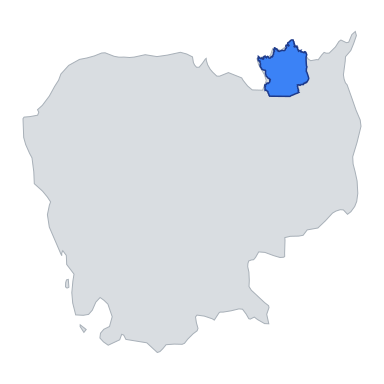 Siem Pang, Stœng Trêng, Cambodia shown in context
{"feature_id": "14789045B29647510840066", "entity_name": "Siem Pang", "entity_type": "district", "adm_level": 2, "iso_a3": "KHM", "parent_name": "Cambodia", "parent_adm1": "Stœng Trêng", "projection": "natural_earth1", "projection_center": [106.38, 14.216], "detail": "fine", "context": "in_parent", "style": "filled", "palette": "blue", "viewbox_px": 384, "rotation_deg": 0, "n_neighbors": 0, "source": "geoboundaries", "source_scale": "gbopen_adm2", "svg_char_len": 7516}
<svg xmlns="http://www.w3.org/2000/svg" viewBox="0 0 384 384"><path d="M355.3,31.5L356.4,35.6L353.7,43.4L350.8,50.5L345.5,56.7L345.2,61.2L343.4,74.8L344.1,79.1L345.4,82.8L347.1,84.8L351.8,98.0L356.0,110.1L360.2,120.0L361.0,126.3L357.1,142.2L352.7,156.8L353.1,164.0L355.0,171.3L357.1,181.0L357.8,193.4L356.7,201.5L354.7,206.5L350.9,211.7L347.5,214.3L343.4,209.9L340.2,209.7L335.9,211.1L332.5,213.1L325.6,220.6L317.9,228.0L307.2,229.9L303.1,235.3L298.7,236.1L290.3,236.3L284.8,237.6L285.0,240.4L284.6,253.3L284.7,256.4L283.8,257.2L280.0,257.5L273.6,255.6L264.9,252.4L258.7,251.9L255.5,257.5L253.6,259.7L251.2,260.0L248.7,261.0L247.9,263.6L247.7,266.7L248.9,272.1L249.3,280.7L249.0,286.5L251.3,290.2L264.6,302.6L268.6,305.7L269.0,307.6L266.7,314.3L268.8,323.8L264.6,323.6L257.6,319.6L254.3,317.1L250.2,319.1L248.8,318.7L246.1,314.0L242.5,309.2L238.9,308.9L231.1,310.8L223.2,312.1L220.1,312.1L218.9,313.0L214.3,320.1L212.3,318.8L204.3,316.1L197.0,315.1L195.5,316.9L196.4,322.7L198.0,328.4L197.1,330.8L193.1,333.8L187.8,339.1L184.5,343.3L182.2,344.3L174.2,344.1L166.1,344.7L162.9,348.6L159.9,351.6L157.3,352.5L146.8,342.8L125.9,339.4L123.7,335.1L121.7,334.3L119.7,339.8L108.2,345.2L103.5,341.9L99.9,338.0L100.5,333.2L103.8,329.3L109.5,326.5L112.2,316.7L107.9,304.1L104.1,300.4L100.1,297.5L95.8,302.2L92.3,310.2L88.6,314.4L83.3,315.3L75.7,314.9L72.7,303.0L71.8,292.7L72.9,281.0L74.0,274.1L66.7,264.5L66.3,255.4L62.8,250.7L61.7,253.1L61.8,255.7L60.8,253.8L49.3,227.1L47.4,214.7L49.4,205.1L50.6,201.9L47.3,196.9L42.6,191.2L34.3,183.7L33.8,171.9L32.0,157.9L29.5,153.2L25.7,144.6L23.7,137.5L23.0,118.7L24.1,117.1L30.0,116.6L37.6,115.2L38.8,112.2L37.5,109.7L42.3,105.4L49.3,96.1L54.7,86.3L58.6,80.2L60.9,74.0L68.7,65.4L79.5,59.4L86.8,58.0L94.4,55.9L101.7,53.0L105.1,52.8L114.1,56.3L119.0,57.2L124.1,57.1L129.5,57.5L134.1,57.1L145.2,54.7L156.9,56.6L167.4,55.1L180.4,52.3L186.7,54.0L192.5,56.9L193.4,62.6L194.7,65.2L196.6,67.3L199.2,67.2L202.5,63.2L205.3,59.1L206.2,58.4L206.3,60.4L207.7,64.9L210.2,69.3L212.7,72.2L216.8,76.1L219.5,76.2L228.4,72.6L241.7,77.9L243.3,80.6L247.6,86.0L252.2,89.9L262.6,90.2L266.3,80.6L264.5,74.8L258.6,64.6L257.0,58.6L258.9,57.5L268.9,56.4L270.5,55.2L272.7,48.6L275.5,49.4L281.0,50.2L286.9,45.7L290.4,41.0L292.3,43.2L294.3,46.5L296.6,48.4L300.8,51.3L305.5,55.3L308.4,59.2L310.7,60.7L316.7,59.6L318.2,59.8L321.7,55.0L324.1,52.4L326.2,53.2L329.2,53.1L335.4,47.0L338.9,41.5L340.9,40.0L346.4,42.7L348.7,42.2L351.9,34.5L355.3,31.5ZM68.9,287.2L67.7,287.9L66.6,287.9L65.5,286.8L65.7,282.5L66.5,279.9L68.3,279.4L68.9,287.2ZM86.2,329.5L83.9,332.4L80.1,326.5L80.2,324.8L86.2,329.5Z" fill="#d9dde1" stroke="#a8b0b8" stroke-width="1"/><path d="M306.6,55.3L306.5,55.1L306.5,54.9L306.7,54.6L306.7,54.3L306.2,53.6L306.1,53.4L306.2,53.1L305.8,52.8L305.8,52.6L305.8,52.4L305.6,52.1L305.4,52.1L305.0,51.7L304.7,51.7L304.4,52.3L304.3,52.6L304.1,52.7L303.5,52.6L303.4,52.5L303.3,52.2L303.2,52.1L302.5,52.2L302.3,52.1L302.1,51.8L301.9,51.8L301.6,51.9L301.5,51.6L300.8,51.4L300.7,51.5L300.5,51.1L300.6,50.9L300.7,50.7L300.5,50.8L300.4,50.6L300.2,50.7L300.0,50.8L299.8,50.7L299.4,50.8L299.2,50.7L298.6,51.1L298.5,50.2L298.0,50.0L298.0,49.7L297.7,49.3L297.6,49.1L297.5,48.8L297.5,48.4L297.7,48.1L297.6,47.9L297.5,47.5L297.5,47.1L297.4,47.0L297.1,47.2L296.8,47.2L296.8,46.9L296.7,46.7L296.7,46.2L296.4,46.4L296.2,46.3L295.9,46.2L295.8,46.5L295.6,46.3L294.9,46.8L294.4,46.9L294.2,46.6L294.3,46.3L294.2,46.2L294.3,46.1L294.5,45.9L294.8,45.3L294.8,45.0L294.7,44.8L294.5,44.6L294.3,44.2L294.1,44.0L294.3,43.8L294.3,43.4L294.0,43.1L294.0,42.0L293.8,41.8L293.7,41.8L293.7,41.6L293.4,41.3L293.2,40.1L293.0,39.9L292.4,40.0L291.7,39.9L291.0,40.2L290.4,40.6L290.1,41.0L290.0,41.3L289.8,41.3L289.5,41.7L288.8,42.2L288.2,42.5L287.8,42.8L287.6,43.3L287.7,43.8L288.0,44.3L288.7,45.1L288.9,45.4L289.0,45.6L288.7,45.9L288.5,46.0L286.6,45.0L286.3,45.0L286.1,45.2L285.9,45.5L285.9,46.5L286.1,47.0L286.4,47.3L286.5,47.5L286.2,48.2L285.4,48.7L285.3,48.8L285.3,49.4L285.3,49.7L284.7,50.4L284.6,50.5L283.5,50.6L282.8,50.5L282.4,50.3L282.0,50.3L280.9,50.8L280.3,50.9L279.7,51.2L279.5,51.4L279.4,51.4L279.1,51.2L279.0,51.3L278.8,51.2L278.6,51.3L278.4,51.3L278.2,51.0L278.2,50.6L277.9,50.4L277.7,50.4L277.4,50.5L277.2,50.0L277.2,49.6L277.1,49.2L276.9,49.2L276.7,48.9L276.2,49.0L276.1,48.9L275.9,48.6L275.5,48.5L275.4,48.9L275.2,48.8L275.2,48.5L274.9,47.8L274.5,47.8L274.4,48.1L274.4,48.3L274.2,49.0L274.0,49.4L273.8,49.5L273.7,49.7L273.9,49.8L273.9,50.3L274.3,50.6L274.5,51.1L274.3,51.5L274.0,51.4L274.0,51.6L273.9,52.0L273.5,52.3L273.5,53.0L273.6,53.3L273.4,53.7L273.5,54.4L273.1,54.8L272.7,55.7L272.8,56.1L272.7,56.2L272.3,56.9L272.2,56.9L271.9,56.9L271.5,56.5L271.4,56.5L271.2,56.6L271.0,56.9L270.6,57.7L270.3,58.0L269.4,58.1L268.6,57.8L268.4,57.5L268.2,56.9L268.0,56.7L267.8,56.6L267.7,56.5L267.6,56.4L267.3,56.5L266.8,56.9L266.5,57.3L266.1,57.4L266.1,57.5L265.4,56.9L265.2,56.8L265.1,56.7L265.0,56.2L264.9,56.3L264.8,56.6L264.4,56.4L264.3,56.5L264.1,56.5L263.9,56.9L263.6,57.0L263.7,57.4L263.7,57.8L263.8,58.0L263.6,58.6L263.6,58.8L263.4,59.0L263.0,58.4L262.7,58.0L262.3,58.2L262.1,58.1L262.1,58.6L261.6,58.2L261.3,58.3L261.1,58.6L260.6,58.5L260.4,58.5L260.1,58.4L259.5,57.7L259.3,57.4L259.1,57.2L258.9,56.9L258.4,56.5L258.4,57.0L258.2,57.3L258.2,57.6L258.1,57.9L258.0,58.2L258.0,58.3L258.4,58.6L258.1,59.3L258.1,60.0L258.5,60.4L258.5,60.8L259.0,61.0L259.2,60.8L259.4,60.7L259.5,60.7L259.8,60.9L259.9,61.1L260.0,61.3L259.8,61.4L259.8,61.9L260.0,62.5L260.2,63.1L260.4,63.5L260.6,64.1L260.1,64.6L260.0,65.0L260.2,65.5L260.1,65.9L260.1,66.0L260.4,66.1L260.3,66.3L260.5,66.6L260.5,67.1L260.8,67.5L261.1,67.7L261.4,68.1L261.6,68.6L261.6,69.0L262.1,69.4L262.3,69.6L262.6,69.6L263.1,69.8L263.4,69.9L263.9,70.1L265.0,70.2L265.4,70.4L265.5,70.5L265.6,71.3L265.5,72.5L265.4,73.3L265.7,74.2L266.0,75.1L266.0,75.8L266.1,76.1L266.4,76.4L266.8,76.6L267.1,76.8L267.4,77.3L267.5,77.6L267.7,77.8L268.1,78.1L268.7,78.4L268.8,78.5L269.1,78.7L269.3,78.7L269.4,78.9L269.5,78.8L269.6,79.0L270.3,79.5L269.9,80.5L270.0,80.7L269.7,80.8L269.7,81.0L269.8,81.4L269.7,81.8L269.5,82.3L269.2,82.6L268.7,83.0L268.7,82.9L268.4,83.0L267.7,83.2L267.3,83.0L267.1,83.0L266.8,83.3L266.5,83.8L266.5,84.2L266.2,84.3L266.1,84.6L265.8,84.8L265.0,84.8L264.9,84.9L264.7,85.6L265.0,86.4L265.2,86.5L264.9,86.8L264.8,87.0L265.0,87.3L265.0,87.9L265.1,88.4L265.0,88.9L265.0,89.7L265.1,90.4L265.6,90.2L266.3,90.2L266.6,90.7L267.7,91.4L267.9,91.6L268.0,92.0L267.9,92.5L268.0,92.8L268.9,94.4L268.9,94.8L268.9,95.0L269.0,95.3L269.5,95.7L269.5,95.9L269.6,96.2L290.0,96.4L291.1,95.6L292.8,95.0L295.7,93.7L297.5,93.1L299.0,92.3L298.4,91.7L298.2,91.2L298.2,90.6L298.4,90.5L298.3,90.4L298.4,90.0L298.3,89.8L298.3,89.6L298.3,89.4L298.4,89.2L297.8,88.6L297.9,88.1L297.8,87.8L297.8,87.6L297.7,87.3L297.7,86.9L297.6,86.6L297.5,86.2L297.4,86.1L297.5,85.9L297.7,85.6L297.8,85.5L297.7,85.4L297.8,85.2L297.6,84.9L298.6,84.7L298.8,84.8L299.1,84.9L299.4,85.1L299.5,85.0L299.8,85.2L300.2,85.3L300.5,85.0L300.7,84.8L300.9,84.7L301.0,84.5L301.3,84.6L301.5,84.6L301.8,84.5L302.1,84.4L302.3,84.4L302.6,84.5L302.8,84.6L303.1,84.5L303.3,84.5L303.3,84.4L303.4,84.1L303.5,84.1L303.6,83.9L303.8,83.8L303.8,83.7L304.0,83.5L304.3,83.4L304.2,83.3L304.7,83.2L305.1,82.7L305.2,82.8L305.3,82.8L305.5,82.9L305.7,82.7L305.7,82.8L305.9,82.8L306.2,82.7L306.6,82.3L306.8,82.2L307.9,80.4L308.4,79.4L308.7,78.8L308.7,78.1L308.2,76.3L306.8,72.1L306.5,71.9L306.3,71.4L306.4,69.1L306.4,68.5L306.7,67.9L306.9,66.7L306.5,66.1L306.3,63.9L306.1,60.2L306.1,57.2L306.2,56.6L306.6,55.3Z" fill="#3b82f6" stroke="#1e3a8a" stroke-width="1.5"/></svg>